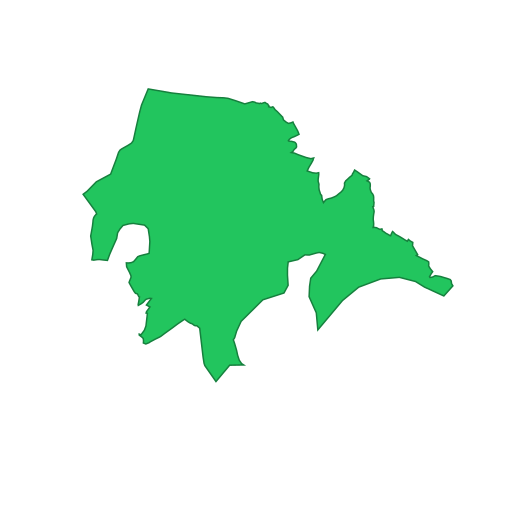 the district of Mbatoli, Imo, Nigeria, rotated 33°
{"feature_id": "59680162B59739898555342", "entity_name": "Mbatoli", "entity_type": "district", "adm_level": 2, "iso_a3": "NGA", "parent_name": "Nigeria", "parent_adm1": "Imo", "projection": "natural_earth1", "projection_center": [7.055, 5.587], "detail": "fine", "context": "isolated", "style": "filled", "palette": "green", "viewbox_px": 512, "rotation_deg": 33, "n_neighbors": 0, "source": "geoboundaries", "source_scale": "gbopen_adm2", "svg_char_len": 4610}
<svg xmlns="http://www.w3.org/2000/svg" viewBox="0 0 512 512"><g transform="rotate(33 256 256)"><path d="M164.0,347.4L167.3,349.2L173.2,352.2L175.2,352.9L176.2,352.7L177.1,352.3L179.8,353.9L180.6,353.8L180.8,354.4L182.3,357.7L183.6,360.9L184.2,361.5L185.9,358.2L186.6,356.2L187.1,353.0L187.5,352.0L189.9,349.3L191.4,348.6L190.8,356.8L193.4,356.6L194.8,356.5L194.5,362.3L194.9,363.7L196.1,363.2L197.6,366.1L201.8,374.6L202.8,379.0L202.5,384.7L200.6,385.1L201.1,385.9L202.3,386.0L204.6,386.2L206.4,386.6L208.0,388.6L208.9,390.3L211.5,389.8L213.5,387.0L214.1,385.5L216.8,380.6L219.1,376.8L219.9,375.3L221.6,370.6L225.0,361.9L227.3,355.6L230.1,348.9L230.7,347.8L232.3,348.0L234.9,348.2L237.5,348.1L239.5,347.6L241.8,347.8L243.0,347.6L244.3,346.7L248.1,347.2L266.6,369.5L270.9,374.3L272.8,375.8L290.8,383.1L293.4,361.9L305.0,354.1L302.5,354.1L298.7,352.5L294.7,349.3L291.2,345.8L288.0,343.0L285.3,340.7L282.6,338.6L282.6,336.2L280.6,329.4L279.1,318.9L285.6,289.0L299.6,271.8L298.9,263.1L292.8,254.9L289.0,249.0L286.2,243.4L293.1,236.2L296.4,228.4L300.1,226.2L305.2,220.4L307.1,218.6L310.3,217.4L313.3,216.9L315.1,235.6L314.0,244.8L317.4,252.2L322.7,261.2L337.5,270.8L348.1,284.3L352.8,246.2L359.1,226.2L373.1,207.3L387.9,195.8L403.7,190.5L414.3,190.3L435.3,187.2L437.4,173.8L435.1,172.7L433.3,170.6L431.7,170.0L429.5,170.5L428.3,170.8L425.7,171.6L422.2,172.6L419.8,173.6L417.0,174.9L416.2,176.4L415.4,177.7L413.6,179.3L412.8,178.9L412.6,175.8L412.6,174.7L412.7,172.9L409.3,171.8L406.3,170.4L405.1,168.3L404.0,166.9L401.7,166.9L397.3,167.6L394.1,167.9L391.3,168.2L390.2,168.3L390.8,166.8L383.7,163.2L381.7,162.2L380.1,159.2L377.2,159.4L374.8,159.1L374.9,161.2L371.9,161.4L369.4,161.4L366.1,161.5L363.7,161.7L361.8,161.9L360.7,161.8L358.2,161.2L357.2,161.1L357.3,162.4L357.5,164.1L357.9,165.7L357.5,165.9L356.3,165.9L354.4,166.0L352.5,166.2L350.2,166.0L348.0,166.0L347.6,165.4L346.9,164.7L346.5,165.0L345.4,166.2L344.5,166.3L343.3,166.5L341.7,166.6L340.5,167.2L339.7,167.4L339.1,168.0L338.7,168.3L338.0,166.3L337.1,164.8L335.7,163.0L334.4,161.5L333.1,159.3L331.9,156.8L331.0,154.7L330.5,154.0L329.9,153.3L328.4,152.1L327.1,151.1L327.7,150.3L327.1,149.3L326.6,148.3L325.8,146.8L324.7,145.8L324.1,144.8L322.6,142.5L321.5,141.3L319.9,140.4L318.5,140.0L317.8,139.7L316.5,138.7L315.3,137.7L314.4,136.5L313.9,135.4L313.1,134.1L312.3,133.1L311.6,132.6L311.0,132.3L309.1,132.4L308.2,132.5L308.3,132.3L309.2,129.9L309.2,129.4L305.5,129.2L301.8,130.5L298.9,130.4L295.1,130.2L291.9,130.2L292.2,132.5L292.2,134.6L292.6,136.1L291.6,139.0L291.1,141.2L290.3,144.2L290.5,146.7L291.7,148.3L292.6,150.6L292.9,153.6L292.4,156.3L291.7,158.3L290.7,161.6L289.7,163.4L287.7,166.3L285.6,168.5L284.0,170.6L283.8,171.9L283.5,174.5L280.7,172.5L278.0,169.4L276.6,169.1L272.9,166.1L271.1,163.9L269.7,161.5L267.4,159.5L266.3,157.7L264.8,154.6L264.1,153.2L263.2,152.0L261.5,153.7L258.1,155.4L252.6,156.8L252.3,154.7L252.1,153.3L252.0,151.6L251.9,147.8L251.7,145.8L251.7,144.9L251.3,143.7L251.0,142.4L249.0,144.5L244.4,146.1L236.1,148.1L232.1,148.8L229.3,150.0L229.8,148.8L230.1,147.5L229.9,146.5L230.1,145.3L230.6,144.0L230.6,142.4L228.9,140.2L227.1,139.5L225.9,139.6L224.9,140.0L223.5,140.4L222.2,141.2L220.6,141.8L220.3,141.6L220.4,140.0L221.3,137.5L223.0,135.2L224.9,132.1L225.8,130.5L223.0,128.5L219.3,126.5L215.1,124.3L214.0,123.5L212.8,125.3L211.0,127.1L210.2,127.2L208.3,127.3L206.7,127.1L204.9,126.9L202.7,125.0L202.0,124.9L195.2,123.3L192.3,122.9L190.5,122.1L188.9,121.7L188.4,122.2L187.8,123.2L186.2,123.6L185.3,123.9L184.9,122.9L183.7,122.6L183.1,122.2L181.2,122.4L179.9,122.3L179.5,122.7L178.6,123.8L177.8,124.9L177.4,125.2L176.3,125.5L175.9,126.3L174.6,126.7L173.4,127.3L172.6,127.6L171.3,127.6L169.0,128.5L165.9,132.1L163.7,134.6L161.9,135.0L154.2,136.9L146.7,139.0L142.8,140.9L136.8,144.5L127.1,149.8L96.3,165.3L74.6,174.6L77.8,191.8L80.0,198.5L83.6,208.4L85.6,213.8L89.2,223.3L90.2,226.1L90.1,229.1L88.5,232.7L85.1,239.2L84.3,241.2L84.3,243.9L86.2,251.3L89.5,266.5L81.7,280.7L79.1,293.7L77.4,298.4L97.5,306.1L99.5,307.6L99.1,308.8L98.9,310.8L99.1,312.6L99.8,314.6L100.8,316.4L102.6,320.1L103.7,322.6L106.5,329.3L112.1,335.6L116.3,340.0L118.2,343.5L120.4,348.6L122.1,347.9L124.9,345.4L126.8,344.1L130.5,342.3L133.8,340.6L132.3,334.0L130.8,324.9L129.6,317.2L127.3,311.9L127.2,307.5L127.8,302.8L132.0,298.2L135.3,295.5L145.7,290.8L150.7,291.8L156.0,297.7L159.1,301.7L164.9,311.9L163.8,313.4L161.4,315.9L158.4,319.2L157.2,321.0L156.8,324.8L156.4,327.4L155.1,329.4L153.0,331.2L151.0,332.4L153.4,335.5L158.8,338.6L161.8,340.6L162.8,341.9L163.2,343.8L163.7,346.4L164.0,347.4Z" fill="#22c55e" stroke="#15803d" stroke-width="1.5"/></g></svg>